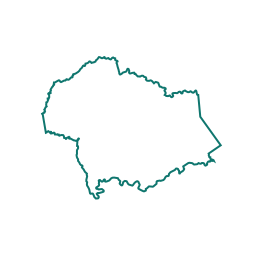 Pesé, Herrera, Panama (Robinson projection), rotated 43°
{"feature_id": "35544464B3990390948119", "entity_name": "Pesé", "entity_type": "district", "adm_level": 2, "iso_a3": "PAN", "parent_name": "Panama", "parent_adm1": "Herrera", "projection": "robinson", "projection_center": [-80.628, 7.893], "detail": "fine", "context": "isolated", "style": "outline", "palette": "teal", "viewbox_px": 256, "rotation_deg": 43, "n_neighbors": 0, "source": "geoboundaries", "source_scale": "gbopen_adm2", "svg_char_len": 5784}
<svg xmlns="http://www.w3.org/2000/svg" viewBox="0 0 256 256"><g transform="rotate(43 128 128)"><path d="M207.6,77.4L173.2,70.5L156.8,55.9L156.2,56.4L155.7,56.4L153.8,55.2L153.0,54.5L152.3,54.3L152.0,54.4L151.8,54.9L151.9,57.0L151.6,57.8L150.7,58.2L148.8,58.4L148.5,58.8L148.4,59.6L148.1,60.2L147.4,60.9L145.7,61.5L144.1,61.7L143.6,62.7L143.2,64.1L143.3,64.4L144.0,65.1L144.0,65.6L143.9,66.0L143.1,66.3L141.6,65.9L141.1,66.1L140.5,67.0L140.4,68.4L140.1,69.1L138.8,70.0L137.2,71.7L137.0,72.3L137.2,72.8L138.8,73.5L139.2,73.8L139.3,74.8L139.0,75.6L138.4,75.9L136.4,75.7L136.1,76.0L135.9,76.8L135.5,77.4L134.1,78.5L133.2,78.5L132.3,78.8L132.0,77.3L131.7,76.7L131.0,76.3L129.4,75.9L129.0,75.6L128.9,75.1L129.1,74.2L128.9,73.7L128.5,73.4L127.4,73.6L126.0,74.8L124.7,75.3L123.8,75.4L123.3,75.9L122.9,76.1L122.4,75.9L119.5,74.4L118.9,74.4L116.9,75.4L116.6,76.3L116.5,77.6L113.6,77.3L112.2,77.6L111.9,77.9L111.3,79.1L109.7,80.4L108.1,80.4L107.5,79.2L106.4,78.8L105.0,79.6L103.6,79.5L102.9,79.9L102.3,80.6L101.7,82.3L100.8,82.7L100.4,83.3L100.0,83.6L98.0,83.6L96.7,83.3L96.0,84.0L95.3,83.4L94.8,83.3L93.9,84.3L92.4,86.7L92.1,86.9L91.4,86.9L90.8,86.6L90.0,85.4L88.2,84.5L87.8,84.6L87.4,84.9L87.3,85.3L88.1,87.3L88.1,88.2L86.5,90.9L86.4,92.6L86.0,93.9L85.7,94.3L85.4,94.4L84.5,94.1L83.4,93.1L82.7,92.8L81.5,91.9L78.5,90.2L76.3,88.7L75.4,88.4L74.9,87.7L74.8,87.0L75.0,86.5L74.8,86.3L74.2,86.3L72.5,87.0L71.9,86.7L71.1,85.8L69.8,86.5L69.0,86.6L68.6,87.5L68.7,89.2L68.6,89.6L67.3,90.3L66.0,90.2L65.7,90.6L64.8,92.2L63.4,92.7L62.8,92.2L62.3,92.3L62.2,92.5L61.9,93.9L61.4,94.7L60.8,95.0L59.5,95.3L58.4,95.9L58.4,96.4L58.7,98.9L58.4,100.1L58.9,101.7L58.3,102.8L58.3,103.2L57.6,104.1L56.9,105.3L55.4,105.1L54.5,105.5L54.3,105.9L54.4,107.0L54.2,107.9L53.8,108.8L53.0,109.9L53.8,111.1L54.1,112.0L53.8,112.4L52.9,112.6L52.7,113.2L53.2,115.6L53.0,117.5L53.4,119.2L53.3,121.0L52.5,124.1L51.3,126.0L51.5,126.6L52.1,127.0L51.9,127.7L51.9,128.1L52.7,128.7L52.6,129.2L52.1,129.7L51.8,130.2L51.9,132.0L51.8,132.7L51.3,133.6L49.9,134.1L49.7,134.6L49.9,135.2L49.8,136.0L49.0,136.7L48.1,139.2L47.7,140.1L47.0,140.3L45.4,140.0L44.8,140.4L43.9,143.1L43.6,144.4L42.8,145.2L43.6,146.3L44.3,146.5L44.5,146.8L44.2,147.9L44.6,148.4L44.7,148.8L44.6,150.2L44.9,151.1L45.2,152.7L45.5,153.0L46.2,153.3L46.3,154.5L46.5,154.8L46.8,155.0L47.4,155.0L47.6,155.2L47.4,155.7L46.3,156.4L46.2,157.2L46.5,157.5L47.9,157.7L48.8,158.7L49.3,159.0L49.4,159.5L49.9,160.4L49.1,161.2L49.4,161.6L50.2,161.7L50.4,161.9L51.2,164.0L50.8,165.0L51.4,165.5L52.2,166.7L53.0,167.4L53.8,167.7L53.6,169.1L53.9,170.0L54.3,170.9L54.2,171.5L55.1,171.8L55.5,172.7L56.0,172.6L56.4,173.7L56.3,174.1L55.7,175.2L55.8,175.6L55.5,176.2L55.7,176.3L56.3,176.1L56.6,176.4L71.2,187.5L71.5,186.8L71.5,185.6L72.0,184.6L74.6,184.6L74.2,183.7L74.2,183.4L74.4,183.3L74.8,183.5L75.3,184.1L75.8,184.1L76.1,183.7L77.0,181.9L77.9,181.8L78.6,182.5L79.0,182.6L79.7,181.8L80.7,181.2L80.9,180.5L81.8,180.6L82.1,180.1L82.8,180.5L83.1,180.4L83.4,179.6L84.4,178.2L85.6,177.4L86.8,177.8L88.1,178.8L89.1,178.1L90.0,178.3L90.2,178.0L89.9,177.2L90.9,174.7L91.5,174.7L91.9,175.8L92.3,175.8L92.6,175.6L93.3,174.9L96.8,174.0L97.4,173.5L98.4,173.1L98.8,172.8L99.2,172.0L99.2,170.7L98.9,169.7L99.0,169.4L99.3,169.3L99.6,169.9L99.7,172.0L100.1,172.3L103.0,175.9L103.9,175.5L105.1,176.6L105.5,177.5L105.7,178.7L106.1,179.4L108.4,181.8L108.7,182.7L109.1,183.1L110.4,184.1L111.5,184.6L112.8,184.9L113.9,186.1L115.9,186.4L117.3,187.1L119.0,187.2L119.9,186.7L120.4,186.7L120.8,187.0L121.1,188.2L121.4,188.3L123.7,188.5L126.3,189.4L129.1,189.4L129.7,190.4L131.0,191.1L132.8,194.2L133.9,195.4L135.1,195.5L136.3,197.2L137.4,198.0L139.4,198.5L141.6,199.4L144.7,201.6L145.1,201.7L145.5,201.6L146.5,200.3L147.1,200.0L148.6,200.5L150.4,201.4L152.6,201.5L154.0,200.0L154.1,199.5L153.9,198.7L153.2,198.0L150.6,197.7L150.0,197.4L150.0,197.2L150.2,196.2L151.5,194.9L153.2,192.0L153.5,191.2L153.3,190.7L152.8,190.3L150.7,190.4L150.3,190.7L148.5,192.9L148.1,193.1L147.5,193.1L146.5,193.9L146.1,193.9L145.6,193.6L145.4,193.1L146.0,190.4L145.9,189.6L145.4,189.0L144.6,188.6L143.7,187.3L142.5,186.5L142.4,186.1L142.6,185.6L143.0,185.2L145.1,185.2L145.7,184.8L146.0,184.0L145.6,182.3L146.0,181.6L146.4,181.6L147.0,182.3L147.6,182.7L147.9,182.7L148.3,182.4L148.9,181.6L150.0,179.4L150.1,178.7L150.0,176.5L150.5,175.0L151.7,173.7L154.8,171.6L156.5,172.2L158.0,172.1L158.6,172.2L159.0,172.7L159.7,174.2L160.0,174.4L161.9,174.5L162.6,174.2L162.8,173.8L162.6,173.0L161.7,171.4L161.4,170.6L161.5,170.0L161.8,168.9L162.9,168.1L163.4,167.9L166.2,168.8L167.4,168.7L170.4,167.2L170.6,166.5L170.3,164.4L170.3,162.8L170.7,161.2L171.4,160.4L172.4,160.3L173.6,160.9L175.1,161.4L175.5,162.0L176.3,164.6L176.9,165.2L177.8,165.1L180.4,164.4L182.5,163.7L183.0,163.3L183.7,161.7L183.6,161.4L182.6,160.4L183.0,159.2L183.1,156.8L183.2,156.4L184.1,155.6L186.1,154.1L186.4,153.5L186.9,149.5L186.5,148.8L185.6,147.9L185.5,146.9L187.1,144.8L187.9,144.4L189.4,141.9L189.4,140.1L188.9,138.6L188.9,137.5L189.2,136.6L190.1,135.8L190.3,135.1L189.3,133.7L189.2,131.4L190.9,126.8L190.8,125.0L191.4,124.3L192.5,123.9L193.2,124.3L194.4,124.4L196.2,126.1L196.6,126.2L196.9,125.9L196.7,124.8L197.0,123.4L197.4,122.4L197.4,121.0L197.2,120.0L197.0,119.6L196.0,119.3L195.4,118.8L194.6,118.4L196.0,112.5L196.6,111.6L198.8,110.0L199.4,109.8L200.8,109.8L201.5,109.4L203.1,107.5L203.4,106.9L203.5,105.6L205.2,104.9L205.8,104.1L205.9,103.2L206.3,102.8L207.2,102.2L208.0,102.1L208.9,102.7L210.0,102.8L210.4,102.6L210.8,101.4L210.8,100.8L210.1,100.4L209.6,98.6L209.6,97.9L209.9,97.3L210.8,96.8L210.9,95.9L211.2,95.2L212.2,94.5L212.7,93.6L213.2,93.5L212.5,93.2L211.3,93.5L210.5,94.8L210.2,94.9L210.0,94.1L208.8,94.0L208.2,93.3L207.4,93.8L207.0,93.4L206.4,93.3L205.8,93.0L205.1,92.0L204.4,91.7L207.6,77.4Z" fill="none" stroke="#0f766e" stroke-width="2"/></g></svg>